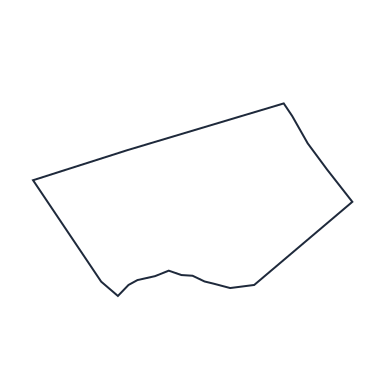 Passagem, Rio Grande do Norte, Brazil, rotated 230°
{"feature_id": "56859067B23465886622535", "entity_name": "Passagem", "entity_type": "district", "adm_level": 2, "iso_a3": "BRA", "parent_name": "Brazil", "parent_adm1": "Rio Grande do Norte", "projection": "orthographic", "projection_center": [-35.404, -6.284], "detail": "fine", "context": "isolated", "style": "outline", "palette": "slate", "viewbox_px": 384, "rotation_deg": 230, "n_neighbors": 0, "source": "geoboundaries", "source_scale": "gbopen_adm2", "svg_char_len": 397}
<svg xmlns="http://www.w3.org/2000/svg" viewBox="0 0 384 384"><g transform="rotate(230 192 192)"><path d="M93.9,159.5L80.8,179.9L81.4,308.5L122.3,309.9L154.9,311.9L185.9,317.6L200.9,319.2L265.6,169.4L303.2,77.8L181.7,64.8L160.0,68.4L161.6,83.6L159.6,93.6L151.3,109.6L146.7,123.6L135.2,130.5L127.5,138.6L115.4,144.1L107.8,149.7L93.9,159.5Z" fill="none" stroke="#1e293b" stroke-width="2"/></g></svg>